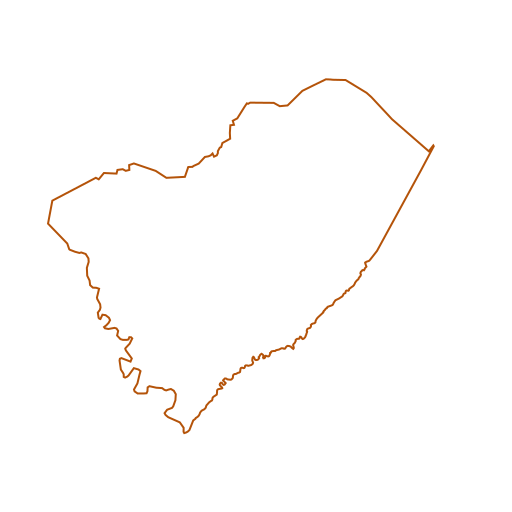 outline of San Jacinto Tlacotepec, Oaxaca, Mexico, rotated 78°
{"feature_id": "50627088B78980153949014", "entity_name": "San Jacinto Tlacotepec", "entity_type": "district", "adm_level": 2, "iso_a3": "MEX", "parent_name": "Mexico", "parent_adm1": "Oaxaca", "projection": "mercator", "projection_center": [-97.345, 16.506], "detail": "fine", "context": "isolated", "style": "outline", "palette": "amber", "viewbox_px": 512, "rotation_deg": 78, "n_neighbors": 0, "source": "geoboundaries", "source_scale": "gbopen_adm2", "svg_char_len": 4956}
<svg xmlns="http://www.w3.org/2000/svg" viewBox="0 0 512 512"><g transform="rotate(78 256 256)"><path d="M403.8,351.6L402.6,349.1L402.0,348.7L401.2,346.6L400.2,345.1L398.9,344.0L397.8,343.4L396.6,342.2L395.8,340.8L395.3,338.8L394.4,337.2L393.4,336.4L392.7,336.1L391.8,335.5L389.3,332.1L388.4,330.0L388.2,329.2L387.3,328.5L385.9,328.1L384.9,327.0L384.2,325.2L383.4,323.2L381.1,322.4L379.7,322.1L379.0,321.7L378.5,321.0L378.4,320.2L378.5,317.1L378.3,316.5L377.6,316.5L376.4,317.3L374.9,318.2L374.1,318.2L373.3,317.7L372.6,316.6L373.0,315.8L373.6,315.5L374.5,315.3L375.4,314.4L375.2,313.4L374.0,312.1L371.9,313.4L371.0,314.1L370.4,313.7L369.3,311.8L369.8,310.5L370.7,309.7L371.7,306.8L371.7,305.8L370.8,304.4L370.3,304.0L368.2,303.3L367.4,302.7L367.0,301.5L367.2,300.2L366.5,297.7L366.5,296.6L366.1,295.7L363.1,294.6L362.5,294.1L362.3,293.2L362.5,292.5L363.1,291.5L363.1,290.7L362.2,289.9L361.2,289.5L360.9,288.8L361.2,287.4L361.8,286.5L361.7,283.8L361.6,283.2L360.9,281.8L360.6,281.5L359.7,281.0L357.6,281.4L356.7,281.2L354.9,280.6L354.0,279.6L354.2,279.3L355.7,278.8L356.6,278.7L356.8,278.6L357.4,278.3L357.8,277.5L357.9,276.3L357.6,275.3L356.6,274.2L355.5,274.4L354.9,273.5L353.6,272.5L352.8,271.0L353.4,270.3L354.4,269.6L355.4,269.4L356.6,270.2L357.6,270.0L357.7,269.1L357.2,268.2L355.9,268.1L355.6,267.6L355.6,267.1L356.5,265.7L356.8,264.6L356.6,264.0L356.0,263.4L354.5,262.5L353.8,262.4L353.6,261.5L352.8,261.1L352.5,260.5L352.6,258.1L352.9,257.2L352.8,256.7L352.3,255.9L352.3,253.0L351.6,250.5L351.6,249.8L352.2,248.1L352.6,247.8L352.6,246.8L351.1,245.3L350.5,244.1L350.5,243.7L351.0,242.2L351.9,240.8L353.1,240.2L354.6,238.9L354.1,238.3L353.5,238.1L350.8,238.2L350.1,237.7L349.5,236.9L349.1,236.2L347.5,234.9L346.4,234.7L345.9,233.9L345.6,233.0L345.9,231.1L345.6,230.6L344.7,230.2L344.1,229.6L344.4,229.0L345.1,228.5L346.2,228.2L346.9,227.7L346.9,226.9L346.6,226.2L345.7,224.9L344.7,224.1L344.1,223.9L343.4,223.2L342.4,222.8L341.3,222.0L340.6,221.7L339.9,222.0L339.2,221.7L338.1,221.0L337.9,220.7L337.5,218.0L337.0,217.4L336.3,216.9L335.7,216.7L334.9,216.7L334.1,215.5L334.1,215.1L333.9,214.4L333.9,212.7L333.3,211.7L332.2,211.3L331.6,211.0L329.9,209.5L328.8,208.0L325.5,202.4L325.4,202.5L324.7,201.9L324.3,201.3L323.8,201.1L323.1,199.8L322.5,199.3L322.3,198.9L321.9,198.4L321.8,197.6L321.1,197.2L320.5,196.0L320.6,195.8L320.3,194.5L320.3,193.7L320.0,192.1L319.9,191.5L319.6,191.0L318.8,190.3L318.0,189.8L316.9,188.7L315.8,187.5L314.9,183.8L313.4,179.9L313.0,179.5L311.3,178.1L311.1,177.7L310.9,176.3L309.1,175.5L308.7,175.0L308.6,174.4L308.8,173.8L309.2,173.0L309.2,172.8L308.9,172.3L307.4,171.5L306.9,170.2L306.4,169.3L305.7,167.5L305.0,166.4L303.4,165.0L302.8,164.7L301.6,163.4L300.6,162.0L300.1,160.8L299.0,160.1L298.4,159.3L297.8,158.9L297.8,158.6L297.1,157.8L295.9,157.2L294.5,157.5L293.2,156.7L292.8,155.8L292.2,155.3L291.9,154.2L292.4,153.4L291.7,152.6L290.7,152.1L289.4,150.2L286.6,150.6L285.6,150.4L285.3,150.7L285.1,150.6L284.6,149.2L284.4,147.8L284.4,147.1L284.1,146.1L282.9,144.6L276.2,136.6L206.7,77.0L185.6,59.3L184.7,59.6L189.5,65.2L150.4,94.6L146.5,96.9L124.6,110.1L119.4,113.9L114.1,119.5L102.5,131.8L99.6,144.1L98.8,146.6L97.7,150.9L101.0,164.2L104.1,176.3L115.3,193.8L114.4,201.6L109.9,206.8L104.8,229.8L105.5,232.1L104.8,233.2L107.8,236.3L117.5,245.7L118.9,250.6L123.1,250.3L122.8,253.9L130.2,256.0L135.9,256.9L138.5,265.4L142.2,267.4L142.5,268.9L145.5,271.5L147.4,271.9L149.4,273.4L150.1,276.4L146.7,277.2L147.6,278.6L148.1,279.3L148.6,281.7L148.5,285.4L153.7,292.8L155.0,298.6L155.6,299.6L154.9,303.5L155.1,304.1L155.8,304.3L163.8,309.1L160.9,327.4L151.9,336.4L140.1,356.2L140.7,361.2L145.5,362.0L145.6,365.7L143.4,368.3L143.0,373.6L146.4,375.3L143.2,387.5L148.3,393.9L146.2,396.4L159.5,443.7L181.1,452.7L204.6,438.0L210.5,437.3L211.1,436.9L214.2,432.2L216.3,428.1L216.2,426.2L218.6,422.2L223.5,420.4L227.0,420.9L232.4,423.9L240.2,425.2L245.4,423.9L250.0,424.3L253.0,422.2L253.9,418.8L255.4,416.3L263.5,420.2L265.1,420.2L270.8,418.5L274.1,418.8L276.2,419.9L278.5,422.5L283.7,422.8L284.8,422.2L285.3,421.3L281.5,418.4L282.6,415.4L285.8,412.7L288.4,412.1L290.7,414.0L292.6,416.7L293.9,419.4L295.3,418.8L296.7,415.6L296.9,409.3L297.9,407.5L300.6,406.4L304.9,408.4L309.1,405.9L310.4,403.6L311.2,399.8L311.1,398.1L309.1,396.8L309.5,395.1L310.9,394.2L315.5,397.8L318.9,402.7L319.5,403.2L321.3,402.9L330.4,398.8L333.2,400.7L327.9,408.9L328.2,410.5L329.8,411.2L339.0,411.8L342.6,410.4L344.1,410.0L346.8,410.5L347.7,409.3L347.2,407.0L346.3,405.4L340.3,398.8L342.6,394.5L344.6,392.9L347.8,394.6L356.0,398.5L361.2,403.1L363.2,402.9L365.9,400.3L367.2,393.9L367.5,391.6L365.7,390.3L362.0,389.3L361.2,387.3L364.1,380.9L365.7,375.3L367.9,373.4L368.8,371.8L368.5,369.4L368.4,366.9L370.7,364.4L374.5,363.2L380.3,364.8L385.8,368.2L387.1,369.7L387.9,374.9L390.7,378.1L392.7,377.5L395.4,375.4L402.9,365.1L409.0,362.5L412.9,363.4L414.3,363.0L414.1,361.0L413.6,359.3L412.4,357.3L403.8,351.6Z" fill="none" stroke="#b45309" stroke-width="2"/></g></svg>